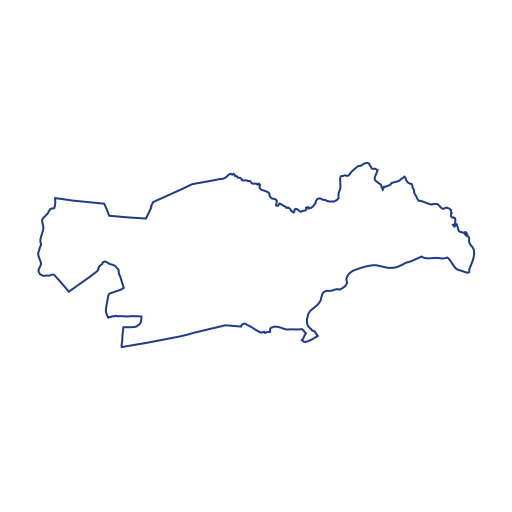 Passore, Passoré, Burkina Faso, rotated 5°
{"feature_id": "67063806B82563699600395", "entity_name": "Passore", "entity_type": "district", "adm_level": 2, "iso_a3": "BFA", "parent_name": "Burkina Faso", "parent_adm1": "Passoré", "projection": "albers", "projection_center": [-2.033, 12.893], "detail": "fine", "context": "isolated", "style": "outline", "palette": "blue", "viewbox_px": 512, "rotation_deg": 5, "n_neighbors": 0, "source": "geoboundaries", "source_scale": "gbopen_adm2", "svg_char_len": 6114}
<svg xmlns="http://www.w3.org/2000/svg" viewBox="0 0 512 512"><g transform="rotate(5 256 256)"><path d="M72.6,307.9L91.7,291.7L98.1,285.9L99.6,284.4L99.6,283.9L100.2,282.9L100.0,282.4L100.0,281.8L100.5,281.1L100.9,279.7L103.7,277.2L103.9,276.1L104.5,275.2L105.0,274.9L106.2,274.7L106.3,275.0L107.2,275.0L108.1,275.3L110.6,276.6L113.6,277.2L116.3,278.0L120.3,281.7L121.0,285.9L121.2,286.4L121.9,287.1L122.7,288.7L127.0,299.3L124.2,301.4L113.9,305.9L112.6,307.1L112.3,308.2L111.8,313.6L111.2,320.1L111.2,323.1L111.3,324.6L113.2,328.8L113.9,329.8L113.9,330.2L114.3,330.3L115.1,329.5L116.2,329.6L117.1,329.2L117.8,328.7L120.0,328.4L121.5,327.8L123.7,328.1L126.6,327.7L130.2,327.6L134.0,327.3L138.0,326.7L141.9,326.4L147.1,326.3L147.3,327.7L147.1,331.8L145.9,334.1L144.3,335.4L143.4,336.5L141.0,337.4L134.1,338.2L132.6,338.2L130.1,338.6L129.9,347.2L130.1,351.8L129.9,357.1L130.2,358.4L156.6,351.5L186.4,343.0L195.5,340.0L201.1,337.8L231.5,327.7L247.2,327.6L247.3,326.8L248.1,325.7L249.9,324.4L251.0,324.4L251.8,324.7L253.0,325.3L258.0,327.4L262.9,330.0L266.8,331.7L267.9,331.8L268.1,331.5L269.3,331.5L270.1,330.9L270.8,330.9L271.1,331.2L271.5,331.8L272.1,331.8L273.1,331.0L276.6,330.4L276.8,329.4L276.4,328.3L276.5,327.5L276.9,326.5L279.4,325.2L280.9,324.7L283.8,324.7L286.8,325.2L292.3,326.6L299.4,325.8L302.8,325.7L308.0,324.9L308.7,325.1L309.0,325.5L310.4,326.5L310.7,327.2L312.5,328.7L311.4,330.7L310.2,334.1L309.2,335.5L309.8,335.5L309.9,336.5L310.4,336.9L311.7,337.4L312.5,337.4L314.6,336.7L318.6,334.5L324.5,330.2L322.8,328.5L321.7,326.6L321.0,326.1L319.2,325.4L318.8,325.5L317.9,325.0L317.9,324.5L315.2,322.5L313.8,321.0L313.0,319.4L312.5,317.6L312.3,314.9L312.6,312.5L313.0,309.7L313.9,307.5L315.1,305.7L321.4,299.4L322.9,297.3L323.9,295.4L324.5,293.6L324.7,291.3L325.3,288.4L326.1,286.7L327.0,285.8L328.2,285.1L329.5,284.5L332.8,284.3L334.5,283.9L336.2,283.3L337.0,282.7L338.5,282.4L339.3,282.0L340.2,281.9L340.5,282.1L342.3,282.1L344.2,281.0L346.6,279.1L348.1,277.3L349.0,275.2L348.9,274.3L348.3,272.4L348.0,270.9L348.6,268.6L349.5,266.7L351.2,264.6L353.2,262.7L354.6,261.9L358.8,259.9L365.0,257.3L369.0,256.0L374.4,254.8L377.4,254.8L387.2,256.2L390.1,256.2L393.8,255.8L396.4,255.1L398.7,254.1L403.8,251.2L405.5,249.8L408.9,248.6L411.9,247.2L421.0,242.1L422.2,242.8L425.1,243.4L428.1,243.3L436.5,242.1L438.9,242.1L440.5,242.3L442.4,242.2L444.0,241.9L446.7,240.9L447.8,241.6L448.9,242.5L452.8,247.3L456.1,251.0L457.8,251.9L467.2,254.1L468.3,254.2L469.4,253.8L469.7,253.4L469.8,252.1L469.6,250.7L471.8,243.6L472.7,239.9L473.2,235.5L472.6,231.4L471.8,229.6L470.6,228.0L469.3,226.9L467.4,224.2L467.0,222.7L466.8,219.9L466.3,218.5L464.4,217.7L463.1,216.9L462.2,215.9L464.3,215.9L463.4,214.4L462.8,213.9L460.4,214.7L459.4,214.6L458.4,214.2L458.0,214.4L455.9,213.6L455.5,212.2L454.9,211.4L454.6,210.0L453.4,207.9L453.3,207.1L453.0,206.8L452.7,206.9L451.9,207.7L451.4,209.3L451.0,209.5L450.5,208.4L449.6,208.2L449.4,207.9L449.8,207.6L450.5,207.4L451.5,206.9L451.4,205.9L451.6,204.6L451.3,201.8L451.0,201.2L450.5,201.3L449.7,200.4L449.2,200.3L448.8,200.6L448.1,200.6L446.9,199.4L446.7,199.1L446.6,196.9L447.2,196.1L446.1,194.2L446.2,193.1L445.7,192.9L444.4,191.9L442.4,191.4L442.1,191.2L440.1,191.7L438.7,192.8L437.5,192.5L436.2,191.8L432.6,188.6L430.8,188.4L427.5,189.0L426.6,189.5L423.4,188.9L415.8,186.8L413.2,186.8L411.6,184.8L410.5,182.8L407.9,178.9L407.7,176.8L407.5,176.2L406.1,174.5L405.7,172.4L405.0,170.9L404.5,170.6L402.4,170.4L401.4,169.9L400.3,169.0L398.7,166.9L398.1,165.1L397.0,164.0L391.6,168.9L384.9,171.4L384.4,171.8L384.4,172.2L383.8,173.0L383.0,173.8L380.8,174.7L379.3,175.6L377.7,175.7L377.3,176.1L377.3,177.0L376.5,179.0L376.2,178.6L376.2,177.6L375.0,176.5L375.0,175.4L374.0,173.9L371.3,172.4L368.3,170.4L367.7,169.6L367.5,168.7L367.5,167.3L369.7,159.9L366.9,158.6L365.1,159.0L363.6,158.7L362.7,157.2L361.4,155.7L360.8,154.3L359.9,153.8L358.3,153.6L356.0,154.3L352.5,157.0L351.1,157.2L349.9,157.7L348.9,158.4L343.9,163.6L341.7,167.1L340.8,167.9L339.7,168.3L337.9,167.9L337.2,167.9L335.8,168.6L333.7,169.1L333.2,170.3L333.1,171.7L333.4,174.6L333.9,177.7L334.1,181.4L333.1,185.2L332.8,187.1L333.2,191.5L332.2,192.3L331.6,193.3L328.5,195.1L327.2,195.1L326.9,194.9L325.7,195.3L324.8,195.4L324.3,195.4L323.3,195.0L322.2,195.2L320.6,194.3L317.2,194.0L316.1,193.4L315.2,193.2L314.3,193.1L313.0,193.4L312.5,193.6L311.9,194.3L310.9,196.0L310.7,198.0L308.6,201.5L306.8,203.2L304.1,204.1L304.1,203.0L302.6,203.0L302.1,203.2L301.6,203.6L301.9,204.9L301.8,205.7L301.5,206.2L298.4,207.1L297.1,207.9L296.4,208.0L295.2,207.4L293.9,206.3L292.9,205.8L291.9,205.6L291.3,205.6L290.5,206.4L290.3,207.1L290.3,208.6L289.4,209.5L286.9,207.6L286.1,206.3L285.4,205.7L283.5,204.9L282.6,205.5L282.1,205.4L281.4,204.5L279.1,203.6L277.8,202.9L275.0,201.6L274.5,202.0L274.4,202.8L273.6,204.0L272.8,204.2L272.0,204.1L271.5,203.4L271.9,200.4L271.8,199.1L270.8,198.0L270.1,197.7L268.7,197.4L267.5,197.5L266.6,197.2L266.0,196.7L264.7,195.4L264.1,194.4L263.9,192.7L262.2,191.2L261.7,191.2L258.6,190.2L255.9,189.6L254.7,189.0L253.8,187.8L253.4,186.8L253.5,186.1L253.9,184.9L252.6,183.6L252.1,183.8L251.6,184.7L251.2,184.8L249.9,184.0L249.0,183.8L247.9,184.2L246.2,184.2L245.0,183.4L243.8,182.1L243.1,181.8L241.3,182.0L239.8,181.4L236.2,181.9L235.0,181.3L234.6,180.3L233.5,179.6L231.0,179.5L229.9,178.2L228.2,178.1L227.7,177.0L226.4,176.1L225.6,177.0L224.8,176.8L223.7,176.3L222.6,176.8L221.9,177.3L219.4,180.0L217.6,181.3L216.3,182.0L212.0,182.8L209.4,183.7L186.2,190.0L176.7,195.6L148.9,211.2L147.0,216.0L147.5,216.8L143.1,228.3L124.9,228.7L106.2,228.7L103.3,222.6L100.2,217.1L69.2,216.8L50.9,215.8L51.4,220.7L51.3,223.6L50.9,225.7L49.4,226.4L48.1,226.5L46.9,227.2L46.4,228.5L45.5,229.8L45.2,231.2L40.3,237.4L39.7,239.3L40.0,240.7L40.9,243.1L41.7,246.3L41.7,247.8L41.3,250.7L40.1,255.9L39.8,258.6L40.0,260.9L41.0,263.2L40.2,265.5L39.3,269.8L38.8,272.1L38.9,273.4L39.3,274.9L42.4,281.6L42.5,283.1L42.1,284.6L41.3,286.5L40.7,288.2L40.7,290.2L41.6,291.8L42.4,292.8L43.4,293.5L44.7,294.0L46.4,294.3L48.9,293.7L51.7,293.6L54.7,292.2L56.0,292.3L56.8,292.6L64.1,299.4L72.6,307.9Z" fill="none" stroke="#1e3a8a" stroke-width="2"/></g></svg>